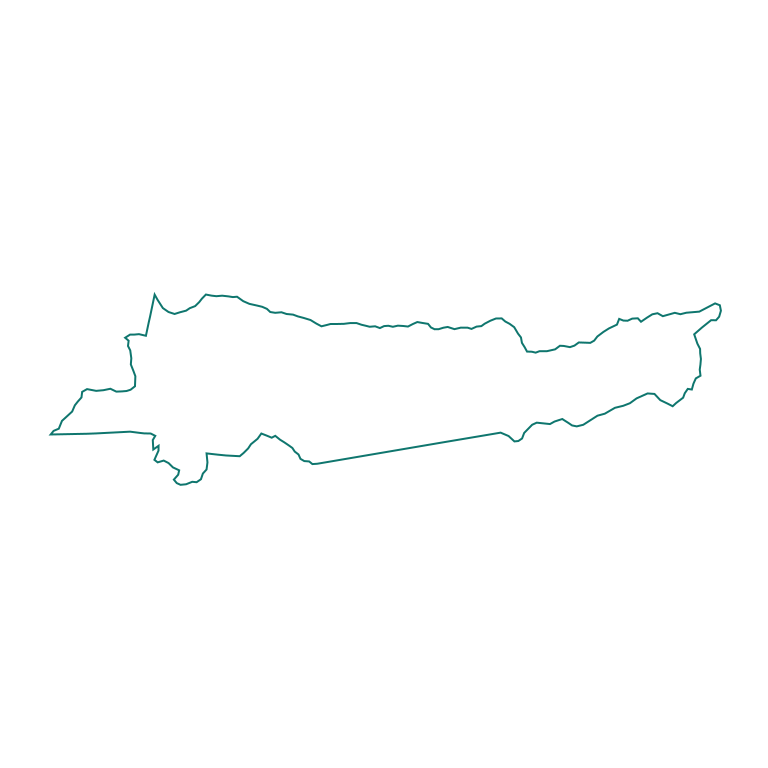 outline of Ibiapina, Ceará, Brazil, rotated 189°
{"feature_id": "56859067B1418579052728", "entity_name": "Ibiapina", "entity_type": "district", "adm_level": 2, "iso_a3": "BRA", "parent_name": "Brazil", "parent_adm1": "Ceará", "projection": "robinson", "projection_center": [-41.013, -3.951], "detail": "fine", "context": "isolated", "style": "outline", "palette": "teal", "viewbox_px": 768, "rotation_deg": 189, "n_neighbors": 0, "source": "geoboundaries", "source_scale": "gbopen_adm2", "svg_char_len": 3081}
<svg xmlns="http://www.w3.org/2000/svg" viewBox="0 0 768 768"><g transform="rotate(189 384 384)"><path d="M161.9,485.1L163.2,479.1L166.7,476.7L170.5,474.1L175.4,469.8L180.7,464.3L183.2,459.7L186.7,456.9L190.9,456.4L198.1,455.5L201.9,451.7L206.1,449.5L212.4,449.7L216.2,449.3L220.4,445.0L228.2,441.9L235.6,440.7L239.1,438.7L243.1,439.0L247.8,438.4L250.7,442.2L254.2,446.2L256.0,451.4L259.5,454.7L264.3,460.5L269.4,463.1L274.0,464.7L278.0,467.2L283.7,466.2L288.9,463.1L294.0,459.3L296.9,456.4L301.5,455.2L306.2,452.1L310.2,452.7L316.9,451.7L323.0,449.2L330.0,450.3L334.1,448.9L338.6,446.7L342.6,446.0L346.5,447.2L349.9,450.3L355.2,450.3L360.8,450.4L365.1,447.6L369.3,444.5L374.1,444.3L379.4,443.8L384.2,441.9L388.8,442.2L393.0,441.2L396.8,438.6L401.8,439.6L407.1,438.3L411.5,438.7L415.5,439.0L420.7,439.9L427.3,438.8L433.2,437.1L437.2,436.4L441.0,435.7L446.2,434.9L449.8,433.3L454.8,431.2L460.3,433.1L466.6,435.7L473.8,436.7L479.7,437.3L484.7,438.3L491.2,437.9L496.5,438.8L502.6,437.3L507.6,437.3L511.4,439.9L516.4,441.2L521.5,441.6L529.5,442.1L536.0,443.8L542.8,447.2L546.9,446.2L551.4,446.2L557.7,445.9L563.3,444.5L568.2,444.3L573.9,444.5L577.2,439.8L579.3,436.0L582.7,431.4L587.7,428.5L590.9,425.5L596.8,422.9L601.8,420.4L608.1,421.4L614.3,424.4L620.8,431.7L624.5,436.4L625.6,414.0L626.0,408.1L626.7,394.4L633.8,394.9L638.5,393.7L642.5,393.1L646.9,389.2L643.0,386.8L642.8,381.5L639.9,377.5L637.6,369.9L637.1,363.7L633.6,357.8L630.8,352.8L629.6,342.8L633.4,338.7L637.2,336.8L641.7,335.7L647.2,334.6L653.5,336.5L660.1,334.0L667.2,332.2L676.5,332.5L680.9,329.0L680.7,323.4L683.7,318.7L686.0,314.6L687.7,308.0L692.3,302.2L696.3,297.2L698.2,289.0L703.0,286.0L705.3,282.0L669.5,288.4L660.9,290.1L627.3,297.2L617.6,297.5L613.2,297.7L606.7,298.6L601.8,297.0L603.6,292.5L601.6,283.2L597.0,287.7L596.3,282.9L598.9,273.2L595.3,271.2L589.6,273.9L584.4,272.2L579.4,268.6L572.8,266.7L573.1,262.2L576.6,256.7L573.2,253.7L569.2,252.6L563.8,254.0L558.1,257.4L553.7,257.7L549.9,261.3L548.9,267.2L545.9,271.8L546.1,278.9L548.4,287.7L537.3,288.2L528.8,288.7L515.2,290.1L511.9,293.9L508.1,299.1L506.0,303.7L500.3,310.1L497.4,315.9L491.9,314.7L486.5,313.4L483.3,315.8L477.9,312.7L473.4,310.8L468.5,308.5L464.5,306.5L461.6,303.3L457.4,301.0L454.8,297.0L450.7,295.4L445.8,295.8L442.2,293.7L437.4,294.8L315.4,336.0L268.9,351.6L261.2,354.2L252.8,352.1L246.2,347.7L242.4,348.7L239.1,351.8L237.9,357.6L231.3,366.9L227.1,369.7L213.8,370.4L209.7,373.6L202.5,377.3L195.8,374.4L191.8,372.5L187.0,372.3L180.8,374.9L168.2,386.1L161.3,389.2L152.2,396.6L144.3,399.9L138.1,403.5L132.3,409.3L122.2,415.9L115.3,416.5L108.6,411.3L100.9,409.0L95.4,407.2L92.5,410.9L86.4,417.3L85.5,421.9L83.2,426.7L79.1,426.7L78.4,432.8L76.9,438.3L72.7,441.7L74.4,447.6L74.5,452.6L74.9,458.3L76.5,463.8L77.3,468.1L80.8,472.9L85.4,481.6L78.8,489.5L70.9,498.2L66.0,498.9L63.5,502.9L62.7,509.1L64.6,514.3L69.6,515.4L83.9,504.8L96.5,501.7L102.2,499.3L107.9,499.8L119.2,494.6L124.9,496.7L129.9,494.8L134.6,490.7L139.9,485.7L143.6,488.6L149.1,487.4L153.3,484.6L157.5,484.1L161.9,485.1Z" fill="none" stroke="#0f766e" stroke-width="2"/></g></svg>